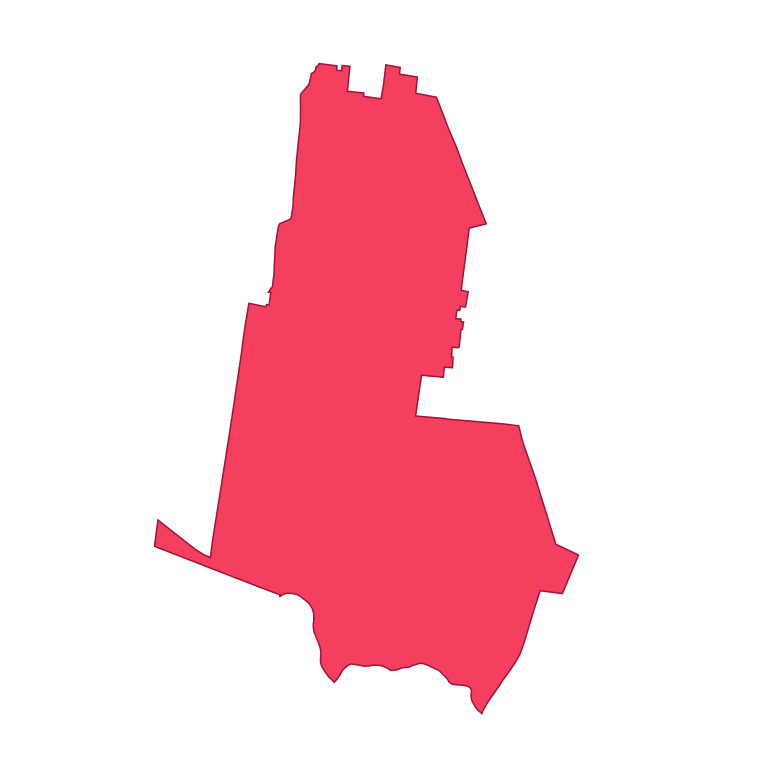 the district of San Antonio la Isla, México, Mexico, rotated 96°
{"feature_id": "50627088B34569290004520", "entity_name": "San Antonio la Isla", "entity_type": "district", "adm_level": 2, "iso_a3": "MEX", "parent_name": "Mexico", "parent_adm1": "México", "projection": "mercator", "projection_center": [-99.55, 19.169], "detail": "fine", "context": "isolated", "style": "filled", "palette": "rose", "viewbox_px": 768, "rotation_deg": 96, "n_neighbors": 0, "source": "geoboundaries", "source_scale": "gbopen_adm2", "svg_char_len": 4114}
<svg xmlns="http://www.w3.org/2000/svg" viewBox="0 0 768 768"><g transform="rotate(96 384 384)"><path d="M685.8,402.3L683.9,400.9L681.5,399.3L678.7,397.7L673.2,395.4L669.8,392.7L668.3,391.2L667.0,389.5L665.9,387.3L665.9,385.0L666.2,379.8L666.7,374.4L666.0,369.3L664.7,365.0L664.3,359.6L665.0,354.6L666.3,350.8L668.2,347.5L667.8,345.8L667.2,342.7L667.1,341.8L666.0,339.4L664.5,336.8L663.6,332.8L663.3,330.4L662.9,329.1L661.1,326.5L660.0,324.0L659.6,322.8L658.9,321.2L658.1,319.4L657.9,317.7L658.0,316.0L658.3,314.3L658.7,312.6L659.2,311.0L659.6,309.5L660.3,307.9L661.0,305.3L662.0,302.8L662.7,300.5L663.7,298.6L665.7,296.2L668.4,292.7L670.9,290.0L673.2,288.4L674.7,286.6L675.5,284.0L675.6,280.4L675.5,278.7L675.4,274.4L675.4,273.2L675.5,270.9L675.8,268.9L676.7,267.3L677.6,266.2L678.3,265.6L679.1,265.2L680.1,264.9L681.1,264.8L682.3,264.9L685.1,264.9L687.3,264.4L688.8,263.9L690.5,263.1L691.7,262.2L693.3,261.0L693.9,260.6L696.2,258.8L698.4,256.7L701.6,252.2L699.8,251.8L698.4,251.4L695.8,250.3L691.1,248.3L677.3,240.8L672.0,237.8L666.9,235.3L657.0,229.6L645.8,223.6L638.3,220.4L624.8,217.3L613.4,215.1L605.2,213.6L597.0,212.1L585.2,209.6L573.2,207.1L573.3,205.9L573.8,184.7L534.5,172.9L533.7,172.7L525.4,196.4L523.7,197.1L510.1,202.9L496.5,208.7L482.9,214.6L469.3,220.4L462.5,223.3L455.5,226.6L448.5,229.9L441.5,233.2L427.4,239.9L419.4,242.8L411.4,245.7L411.5,246.8L411.4,252.4L411.2,260.2L412.3,317.9L412.0,318.3L412.5,349.2L396.2,348.6L388.0,348.3L379.8,347.9L371.3,347.6L371.3,344.8L371.3,341.7L371.3,338.6L371.2,336.0L371.1,331.5L371.1,330.4L371.1,325.6L360.9,325.9L360.9,324.7L360.7,317.6L357.4,317.7L355.2,317.8L352.4,318.0L350.2,318.1L350.2,319.6L349.7,319.6L340.3,320.2L340.2,314.8L340.2,314.2L339.4,313.2L336.9,313.2L334.7,313.1L330.0,313.1L327.0,313.1L323.5,313.1L321.5,313.0L321.5,311.7L316.4,311.5L314.0,311.4L313.9,314.1L313.4,314.2L311.4,314.2L311.5,319.5L302.8,319.2L302.8,316.3L298.7,316.1L299.0,311.0L283.5,309.9L282.8,315.8L282.6,317.1L282.2,317.1L275.3,316.9L264.5,316.6L253.5,316.3L242.8,316.1L239.9,315.9L235.0,315.9L220.1,315.5L214.0,299.1L199.3,306.8L193.1,310.0L182.8,315.3L170.9,321.5L163.9,325.2L156.2,329.2L141.6,336.3L133.7,340.7L122.6,346.9L109.5,353.5L101.9,357.4L93.3,361.9L91.5,382.8L75.2,383.0L74.2,401.0L67.5,401.0L66.4,415.5L87.3,415.8L100.7,416.8L100.0,434.0L99.7,434.4L96.7,434.5L96.7,451.0L91.9,451.0L81.9,451.1L71.6,451.1L71.6,458.9L76.9,458.9L76.9,464.0L72.5,464.0L72.1,481.9L73.9,482.8L75.7,484.6L78.9,485.0L80.8,485.9L82.0,487.2L82.7,488.7L85.8,488.8L89.0,489.3L92.7,489.7L95.6,491.0L101.5,495.2L104.9,497.3L111.1,496.7L118.4,495.8L132.2,494.5L133.4,494.4L139.3,494.4L153.9,494.5L171.1,494.4L183.7,493.8L195.3,493.7L207.9,493.7L211.7,493.4L215.6,493.1L223.2,493.4L229.2,493.8L230.5,495.4L233.2,500.3L235.3,504.3L238.1,505.4L244.3,505.9L249.4,506.0L252.0,506.2L253.9,506.2L256.8,506.5L259.7,506.6L262.8,506.2L266.1,506.1L276.0,505.5L278.0,505.6L280.7,505.3L283.5,505.1L286.5,504.9L289.4,505.0L292.9,505.1L296.8,505.1L299.8,505.3L300.5,506.4L304.8,508.6L304.8,506.3L304.7,506.1L305.8,506.2L317.3,506.6L317.3,509.1L318.3,509.2L319.1,509.4L319.5,509.7L317.9,526.8L325.7,527.3L337.9,528.1L353.8,528.7L356.9,528.8L365.6,528.9L375.3,529.3L387.2,529.8L396.1,530.2L405.9,530.6L409.1,530.8L412.2,530.9L424.9,531.4L427.3,531.6L431.1,531.7L444.2,532.3L454.9,532.8L466.1,533.4L469.1,533.5L478.0,534.0L489.7,534.6L501.5,535.2L511.7,535.7L523.4,536.4L535.2,537.0L544.5,537.5L554.9,538.0L564.4,538.3L574.7,538.5L573.9,540.7L572.9,544.7L568.4,554.0L561.3,565.3L555.5,574.6L550.1,583.2L543.0,594.4L542.9,594.6L552.2,594.9L561.4,595.1L569.4,595.3L574.1,578.0L577.7,564.9L582.4,547.6L584.9,538.6L588.1,526.7L593.3,507.6L596.0,497.6L600.0,483.0L604.5,465.2L606.0,465.6L606.2,465.2L604.3,462.9L602.5,459.6L601.9,455.4L602.1,450.6L602.7,448.0L603.8,445.2L609.9,435.7L612.6,433.5L615.7,431.4L619.4,430.1L623.6,429.4L627.2,429.1L629.6,429.3L633.1,428.9L637.9,427.7L645.9,423.4L651.2,420.6L654.9,419.4L658.0,418.6L661.5,418.5L665.0,418.3L667.7,418.1L671.7,416.1L674.9,413.7L677.8,411.3L680.9,408.5L683.1,405.5L685.6,402.6L685.8,402.3Z" fill="#f43f5e" stroke="#9f1239" stroke-width="1.5"/></g></svg>